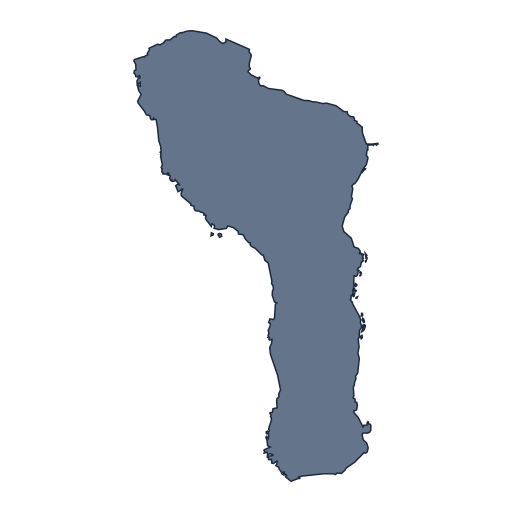 outline of Fefen, Federated States of Micronesia
{"feature_id": "79324940B58883222100719", "entity_name": "Fefen", "entity_type": "district", "adm_level": 2, "iso_a3": "FSM", "parent_name": "Federated States of Micronesia", "parent_adm1": "", "projection": "natural_earth1", "projection_center": [151.838, 7.342], "detail": "fine", "context": "isolated", "style": "filled", "palette": "slate", "viewbox_px": 512, "rotation_deg": 0, "n_neighbors": 0, "source": "geoboundaries", "source_scale": "gbopen_adm2", "svg_char_len": 6076}
<svg xmlns="http://www.w3.org/2000/svg" viewBox="0 0 512 512"><path d="M233.3,227.6L238.1,231.3L238.5,234.0L243.1,234.7L245.4,239.1L248.8,242.7L250.0,242.6L250.5,243.2L250.1,244.7L251.3,246.3L255.2,248.3L261.8,254.9L263.3,255.2L264.9,260.4L268.2,263.0L271.9,281.3L271.5,283.3L273.1,286.2L273.4,289.3L272.5,290.8L272.2,295.0L274.4,301.9L276.8,302.9L275.4,304.2L274.5,317.9L273.6,319.5L269.8,318.9L268.7,322.6L270.3,323.6L270.1,326.1L268.2,330.4L268.9,333.6L268.1,335.3L268.6,336.3L267.9,337.3L269.1,337.4L269.0,339.7L269.7,340.1L271.9,339.3L272.1,340.0L271.4,343.7L269.7,347.5L270.4,354.2L277.6,375.2L280.5,389.9L278.6,394.1L279.0,396.8L277.0,398.6L276.6,400.9L277.1,407.8L273.0,408.7L272.3,412.5L270.1,412.6L269.8,413.2L271.1,415.3L270.5,416.7L271.3,417.6L271.4,420.2L268.9,427.8L268.7,429.4L269.4,430.2L269.3,431.0L268.2,431.6L267.3,431.1L266.2,431.9L266.4,433.5L267.0,433.9L268.4,433.1L268.7,436.0L268.2,438.6L266.7,436.3L265.9,437.2L267.0,440.5L267.6,445.7L270.3,447.1L264.5,449.6L263.9,450.2L264.6,451.2L264.1,453.1L267.0,452.2L267.7,454.6L269.9,453.7L272.7,454.6L272.8,455.3L271.1,455.9L267.2,456.0L267.4,457.4L268.4,457.8L268.6,459.6L271.5,459.5L271.4,460.8L271.9,461.3L271.6,463.0L273.4,463.5L276.8,461.1L277.3,461.6L276.9,463.9L275.8,465.7L278.8,467.3L279.1,468.9L281.7,472.7L284.1,471.9L284.5,473.3L283.6,473.0L283.3,474.3L282.6,474.3L283.6,475.0L286.1,474.7L286.6,475.4L285.5,476.8L291.0,481.3L297.9,478.6L299.8,478.4L299.7,477.6L298.5,477.6L298.4,477.1L301.9,476.1L323.5,473.8L333.3,473.8L335.6,474.5L337.1,473.1L341.5,473.4L345.0,470.1L346.2,468.1L354.8,462.1L363.9,452.8L365.7,453.2L367.3,451.8L368.2,447.8L366.6,442.9L363.4,440.0L362.2,435.7L362.5,433.5L363.8,432.9L367.3,433.2L369.7,432.2L370.8,430.0L370.8,425.2L370.1,424.2L368.8,424.0L368.4,422.0L367.9,421.7L367.1,422.7L367.0,425.2L363.9,425.2L363.0,427.0L358.2,417.4L353.9,412.6L354.0,410.8L356.6,410.0L357.4,405.2L356.7,402.3L355.1,402.0L355.1,399.2L353.1,397.8L353.9,395.9L353.3,386.9L354.3,385.3L354.5,382.6L356.0,378.5L355.4,376.6L357.7,373.1L359.3,358.5L357.9,352.9L359.1,347.0L358.2,339.4L359.2,337.1L359.5,330.5L362.4,326.1L361.9,325.1L361.3,325.4L360.4,322.8L360.7,319.9L359.3,316.1L352.5,303.6L352.4,302.0L351.6,301.6L350.3,299.7L351.0,299.1L351.2,295.4L352.4,295.1L353.1,292.8L352.9,291.7L354.9,289.7L354.5,288.6L353.1,289.4L354.1,286.1L353.7,283.2L354.0,275.8L356.2,276.3L357.5,274.9L358.1,271.7L358.9,270.4L357.4,269.8L358.2,268.1L360.4,266.6L361.4,262.0L362.8,261.5L363.2,260.7L362.6,259.1L363.5,258.2L362.6,257.2L363.5,254.5L362.6,253.9L361.9,254.7L360.6,252.8L360.0,253.8L359.4,253.5L360.2,251.1L358.4,248.5L354.1,246.9L351.3,238.2L343.8,231.5L342.2,226.0L344.7,217.0L348.3,212.1L348.4,210.0L350.0,208.7L350.1,205.7L352.5,198.8L351.4,196.7L352.8,188.8L351.9,186.1L353.0,184.4L354.9,183.5L357.8,179.6L363.2,168.7L366.3,164.8L368.0,157.9L367.3,156.3L366.4,155.6L367.0,150.2L367.9,149.9L367.8,145.2L372.6,144.8L373.4,145.4L374.4,144.2L376.1,144.4L376.4,145.1L378.1,143.9L377.8,143.3L372.3,144.1L366.3,144.0L362.4,132.8L362.2,127.1L356.8,122.9L357.0,121.4L354.2,120.4L354.5,118.8L353.5,116.8L350.9,116.7L347.8,114.6L347.1,111.7L343.9,111.6L336.0,105.7L326.9,103.2L322.2,103.5L316.1,102.0L312.6,101.8L308.6,100.6L303.9,100.4L286.0,94.1L284.2,91.5L281.8,90.2L268.4,88.5L263.3,85.7L260.3,85.7L258.8,83.2L258.5,79.9L259.9,77.9L259.6,77.2L257.4,78.0L251.1,74.8L248.1,71.9L248.3,70.4L250.1,69.4L250.3,68.6L249.2,66.5L249.4,62.8L251.3,55.8L250.7,53.9L249.2,52.2L249.3,49.3L225.9,39.0L225.8,42.0L222.9,43.5L219.7,41.6L216.6,38.0L206.4,33.1L192.0,30.7L187.0,31.1L182.2,32.7L180.3,32.7L176.4,35.0L176.0,36.8L174.4,36.4L170.0,39.9L165.9,40.0L163.4,42.9L160.0,44.9L157.6,44.2L149.0,48.3L149.5,49.9L147.4,53.2L147.6,55.0L145.1,56.0L144.5,57.0L143.2,56.7L134.4,59.6L133.9,61.0L135.7,64.3L136.0,69.8L134.4,70.5L134.0,73.2L135.4,74.5L135.8,76.6L137.7,76.9L139.4,75.5L140.0,76.5L139.9,78.1L138.7,77.9L137.0,80.9L137.2,85.1L138.1,84.5L137.7,83.1L138.9,83.5L140.2,82.4L140.3,86.1L138.2,85.8L137.8,87.0L138.5,90.1L141.1,94.4L137.6,101.3L138.3,103.2L144.4,111.1L146.3,114.8L149.8,115.6L150.4,118.3L151.3,119.7L152.8,119.8L153.7,118.3L154.2,119.4L156.1,119.5L157.5,127.4L158.8,140.8L160.9,147.2L160.7,148.4L161.2,151.0L160.2,152.2L161.2,152.9L160.5,154.4L161.2,155.8L160.6,156.5L162.4,164.7L161.2,167.5L162.1,168.5L161.7,168.8L162.1,170.1L161.7,171.8L162.9,173.0L163.0,173.9L166.8,174.1L167.9,172.9L168.8,173.3L168.8,174.0L167.7,174.9L170.0,175.7L170.2,176.9L169.6,178.1L170.6,180.4L171.4,180.4L171.9,179.3L171.7,181.0L172.4,181.5L174.8,181.0L175.2,179.7L179.9,185.1L177.8,184.1L175.7,185.7L178.0,191.7L181.1,190.1L182.0,188.9L182.7,189.2L181.1,193.3L181.3,195.8L190.8,203.8L190.8,205.2L194.1,206.4L194.1,208.9L194.7,209.9L196.2,211.0L198.8,211.0L201.0,212.3L202.3,212.3L204.2,213.7L203.8,215.0L205.9,215.1L205.5,218.8L211.3,226.4L211.8,223.9L212.8,224.2L214.6,225.7L214.1,228.3L218.8,229.6L226.4,228.4L227.8,225.9L233.3,227.6ZM361.6,331.8L363.7,330.5L365.1,327.3L365.4,325.7L364.5,324.6L363.6,324.9L363.8,325.7L361.6,331.8ZM219.6,237.3L221.6,236.4L221.4,234.2L219.8,233.4L218.4,233.9L218.0,234.8L219.6,237.3ZM363.4,322.5L364.3,322.2L364.3,321.0L363.7,319.2L362.6,318.2L362.3,320.2L362.9,320.6L363.4,322.5ZM366.9,255.3L365.2,253.2L366.1,258.5L366.9,258.9L367.2,258.1L366.2,256.7L366.9,255.3ZM211.0,235.9L213.2,234.9L213.4,233.7L211.4,232.8L211.0,235.9ZM361.2,338.8L362.2,337.8L362.1,335.3L361.2,335.6L360.5,336.9L361.2,338.8ZM353.5,296.6L354.0,296.3L354.9,292.5L352.6,295.8L353.5,296.6ZM362.7,171.8L364.3,169.8L365.1,169.6L365.5,168.7L364.0,168.9L362.7,170.8L362.7,171.8ZM361.1,316.0L362.4,315.9L362.6,315.4L362.7,313.9L362.0,313.2L361.5,313.4L361.7,314.4L361.1,316.0ZM355.8,286.4L356.7,285.6L356.7,284.4L355.5,283.6L355.4,285.8L355.8,286.4ZM361.1,272.3L360.2,271.7L359.8,272.8L360.4,272.8L360.7,273.8L361.4,273.2L361.1,272.3ZM356.8,298.4L357.5,296.8L356.3,297.3L356.0,298.3L356.8,298.4ZM360.4,274.7L359.5,276.3L361.0,275.0L360.4,274.7ZM355.7,291.6L356.3,290.5L355.5,290.3L354.8,291.1L355.7,291.6ZM365.3,260.9L365.7,261.9L366.2,261.5L366.2,260.3L365.3,260.9Z" fill="#64748b" stroke="#1e293b" stroke-width="1.5"/></svg>